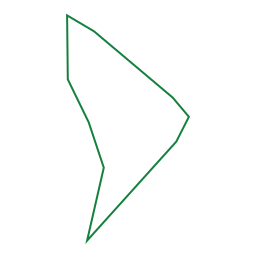 outline of Moore's Island
{"feature_id": "BHS-5017", "entity_name": "Moore's Island", "entity_type": "District", "adm_level": 1, "iso_a3": "BHS", "parent_name": "The Bahamas", "parent_adm1": "", "projection": "albers", "projection_center": [-77.56, 26.303], "detail": "fine", "context": "isolated", "style": "outline", "palette": "green", "viewbox_px": 256, "rotation_deg": 0, "n_neighbors": 0, "source": "natural_earth", "source_scale": "10m", "svg_char_len": 238}
<svg xmlns="http://www.w3.org/2000/svg" viewBox="0 0 256 256"><path d="M188.9,116.8L176.3,141.6L87.1,240.6L103.8,167.7L88.7,122.3L67.8,79.4L67.1,15.4L94.0,31.3L172.6,97.5L188.9,116.8Z" fill="none" stroke="#15803d" stroke-width="2"/></svg>